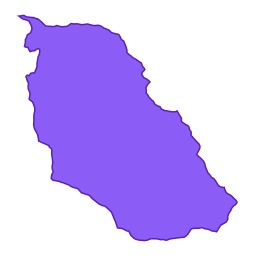 outline of Qomoqomong, Quthing, Lesotho
{"feature_id": "5366337B91724059499872", "entity_name": "Qomoqomong", "entity_type": "district", "adm_level": 2, "iso_a3": "LSO", "parent_name": "Lesotho", "parent_adm1": "Quthing", "projection": "robinson", "projection_center": [27.812, -30.459], "detail": "fine", "context": "isolated", "style": "filled", "palette": "violet", "viewbox_px": 256, "rotation_deg": 0, "n_neighbors": 0, "source": "geoboundaries", "source_scale": "gbopen_adm2", "svg_char_len": 3842}
<svg xmlns="http://www.w3.org/2000/svg" viewBox="0 0 256 256"><path d="M216.6,231.8L220.6,225.3L224.2,223.2L226.2,222.0L226.8,220.9L227.7,219.5L227.8,217.6L227.8,216.1L228.9,213.3L230.2,211.4L230.7,210.6L231.8,208.0L233.6,205.9L235.3,204.8L236.2,203.7L237.0,202.7L236.7,201.2L235.0,199.4L232.2,196.6L230.5,195.1L228.2,194.0L227.2,193.5L225.7,191.7L224.6,189.0L224.3,187.4L222.9,187.4L220.1,186.8L218.8,185.7L218.1,185.1L217.1,183.4L215.5,180.8L213.9,178.6L211.4,177.3L210.7,176.1L209.3,174.3L207.9,172.8L207.6,172.0L207.0,170.5L206.5,169.5L205.6,167.3L204.8,163.8L203.6,161.3L200.7,158.2L199.0,156.8L196.7,154.7L197.6,152.4L198.5,151.0L199.6,148.8L200.0,146.3L199.0,144.0L196.4,141.4L195.2,140.0L193.7,138.4L193.3,137.9L190.9,135.1L191.3,133.3L190.9,131.4L189.6,129.9L188.8,126.6L187.4,125.4L185.1,124.2L184.0,123.4L183.1,122.8L181.4,121.4L181.4,118.1L180.0,115.8L178.8,114.0L177.1,110.9L175.6,111.7L174.1,111.8L172.9,111.8L171.9,111.8L169.1,111.3L167.7,111.0L166.5,110.8L164.1,110.4L161.4,108.9L159.8,106.5L158.2,106.2L155.0,104.4L153.3,101.2L151.5,99.9L148.9,97.0L147.5,94.5L146.2,93.3L146.3,90.3L145.9,87.8L146.6,86.5L147.1,85.3L148.5,83.5L150.0,81.9L149.1,81.0L146.9,79.2L144.0,77.8L141.7,74.5L142.5,72.0L144.0,70.7L144.8,69.5L143.9,67.8L142.7,66.6L142.2,65.5L141.7,64.1L141.4,63.0L140.1,62.3L138.0,60.8L136.2,59.5L132.4,57.4L131.3,56.1L129.1,54.8L128.4,54.0L127.0,52.6L126.9,50.0L126.2,47.4L125.1,44.4L124.6,43.4L123.8,41.2L121.3,39.4L119.9,36.3L118.9,34.7L118.1,34.2L116.4,33.9L114.2,33.4L111.3,32.5L109.4,30.5L108.0,29.6L106.5,29.1L103.6,27.9L102.7,27.1L100.6,25.9L99.0,25.4L97.4,25.3L94.0,25.6L92.7,25.3L91.2,25.0L89.4,24.5L87.6,24.0L85.2,24.3L83.6,24.5L81.8,24.7L78.8,24.1L77.2,23.8L75.2,23.9L73.7,23.9L72.5,23.8L71.0,23.6L69.2,25.0L68.5,25.4L67.4,26.3L63.8,26.6L62.8,26.8L59.8,26.4L56.9,25.5L54.0,26.6L52.3,26.5L45.6,26.0L41.8,22.2L37.6,18.7L36.3,18.7L35.3,18.2L33.6,17.5L32.1,17.5L28.9,17.1L26.5,16.9L23.9,15.4L19.0,16.1L19.4,16.3L20.0,16.6L20.3,17.3L21.7,18.3L23.8,19.4L26.3,19.9L29.0,21.1L29.6,22.3L30.8,24.6L31.8,27.3L31.8,29.7L31.0,31.7L30.2,33.1L27.4,34.8L26.6,37.2L25.4,39.7L25.3,42.8L24.5,46.5L24.9,46.7L25.8,47.2L26.6,47.2L27.1,47.2L27.7,47.4L28.1,47.9L28.4,48.5L28.9,49.8L29.3,50.0L29.6,50.8L29.9,51.4L30.2,51.6L31.0,51.4L31.8,51.2L32.6,50.8L33.5,50.8L34.2,50.7L34.8,50.7L35.3,50.3L35.9,49.7L36.8,49.3L37.5,48.8L38.1,48.7L38.7,48.8L39.3,49.2L39.8,49.9L39.8,50.3L39.8,51.1L39.6,52.3L39.5,53.3L39.4,53.9L38.1,56.8L37.6,60.0L37.0,63.4L37.0,66.6L35.7,70.1L34.4,72.9L32.6,72.9L30.5,73.4L29.3,75.6L27.2,75.1L25.9,76.6L26.7,78.8L27.4,81.2L28.5,83.1L28.2,85.4L28.2,88.5L28.8,90.3L29.9,92.7L29.9,95.4L29.1,99.1L30.3,100.3L32.6,102.0L34.7,107.4L34.8,110.8L33.9,114.9L33.9,118.2L33.9,121.8L33.6,124.8L34.5,128.7L36.1,131.8L37.5,134.3L38.3,137.9L38.7,141.1L49.0,145.6L49.1,146.9L50.8,148.1L51.8,149.4L51.8,151.6L51.7,154.0L52.2,157.8L52.5,159.5L52.6,161.6L52.7,163.4L52.1,166.0L52.3,169.3L53.3,172.0L52.3,173.7L51.7,174.7L51.6,175.7L51.4,176.9L51.3,178.6L53.0,180.3L55.8,180.7L58.1,181.2L59.3,181.4L61.3,182.4L63.0,182.7L65.7,183.8L68.8,184.9L71.3,186.6L74.3,187.7L75.2,187.9L77.7,188.6L80.8,192.0L81.4,192.8L85.5,194.1L88.2,194.9L89.2,195.3L92.3,198.6L93.9,199.9L96.6,202.1L99.2,204.1L100.5,204.7L101.9,205.4L104.8,206.1L106.2,207.2L109.8,210.4L111.6,212.4L113.6,217.4L115.6,222.0L116.6,225.2L117.5,227.9L122.5,228.6L126.8,230.9L128.8,231.2L130.5,234.5L130.9,235.4L132.2,236.6L134.0,238.3L135.4,239.1L138.6,240.0L139.8,240.2L143.5,240.5L144.3,240.6L147.0,240.2L149.6,239.3L151.1,238.7L157.3,238.9L161.0,239.7L163.0,239.5L166.4,240.3L170.2,238.9L177.6,237.9L181.5,237.4L184.3,237.2L185.3,236.5L187.8,234.3L190.7,229.8L191.4,228.8L193.9,228.3L196.3,228.3L198.5,228.3L202.3,227.6L204.9,228.8L207.8,229.1L209.6,229.8L210.2,230.1L212.2,231.0L214.3,231.2L215.4,231.5L216.6,231.8Z" fill="#8b5cf6" stroke="#5b21b6" stroke-width="1.5"/></svg>